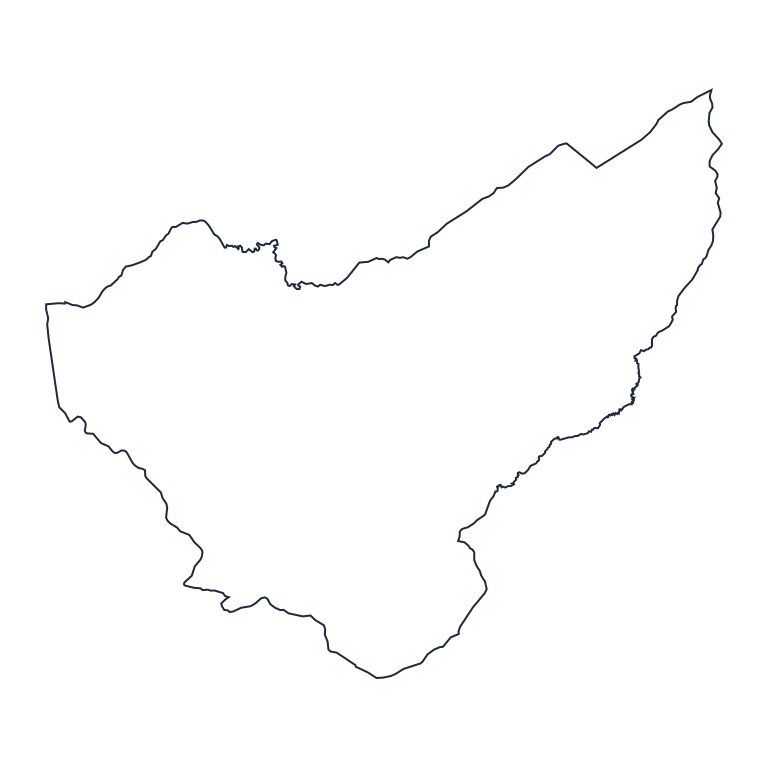 Lenguazaque, Cundinamarca, Colombia
{"feature_id": "7082276B28495435415002", "entity_name": "Lenguazaque", "entity_type": "district", "adm_level": 2, "iso_a3": "COL", "parent_name": "Colombia", "parent_adm1": "Cundinamarca", "projection": "orthographic", "projection_center": [-73.682, 5.304], "detail": "fine", "context": "isolated", "style": "outline", "palette": "slate", "viewbox_px": 768, "rotation_deg": 0, "n_neighbors": 0, "source": "geoboundaries", "source_scale": "gbopen_adm2", "svg_char_len": 6095}
<svg xmlns="http://www.w3.org/2000/svg" viewBox="0 0 768 768"><path d="M711.4,90.0L697.6,96.9L690.9,101.8L683.3,103.1L679.9,104.5L672.0,109.6L667.7,111.6L658.4,120.0L656.5,123.9L650.2,132.1L641.2,139.9L596.6,167.9L566.7,143.5L564.8,143.6L558.2,145.7L549.9,154.1L545.0,156.4L528.4,166.9L515.8,179.2L508.4,185.4L503.3,187.6L496.8,188.1L493.7,193.0L491.9,194.3L489.0,196.4L482.3,198.9L466.5,211.3L446.9,223.6L437.8,232.1L430.9,236.6L428.9,240.8L429.0,246.4L417.4,251.5L410.4,257.2L407.2,258.7L403.2,257.2L400.1,257.8L396.2,257.2L390.1,260.0L388.3,262.4L385.0,259.6L382.2,258.8L378.9,259.0L376.6,258.0L368.3,261.8L359.3,262.6L346.9,278.1L338.6,284.8L337.5,284.8L335.0,283.0L332.8,285.1L329.7,284.7L325.0,286.1L320.0,284.8L318.0,286.5L315.6,285.9L311.8,283.1L306.1,284.0L301.5,281.7L298.1,284.6L298.4,285.7L300.1,286.6L299.5,289.0L297.0,289.1L295.9,288.3L293.8,286.1L295.1,284.5L291.9,284.0L289.7,286.0L288.3,285.6L287.7,285.0L287.5,283.2L285.2,280.1L285.4,276.3L286.4,273.0L285.1,266.8L283.2,266.0L282.0,266.8L280.4,264.8L282.4,263.3L281.4,261.5L278.6,261.8L275.9,261.0L275.3,258.2L276.0,255.6L275.2,253.8L273.2,252.3L276.4,248.1L274.5,247.2L274.0,245.8L277.7,244.7L276.7,240.4L276.0,239.7L272.1,241.0L269.5,244.2L265.8,243.6L263.9,245.3L260.6,244.8L258.1,243.1L257.5,243.2L256.9,244.6L259.3,247.4L259.2,249.2L257.9,250.6L256.8,250.3L255.8,248.7L254.8,248.6L254.1,251.6L252.6,252.2L248.8,249.1L245.8,252.1L243.5,252.0L242.4,251.6L241.9,247.5L240.3,245.7L238.1,246.4L238.8,248.0L238.4,249.0L235.1,246.1L233.4,246.9L232.0,245.8L229.1,246.0L226.9,245.0L226.1,247.5L224.6,247.6L219.7,238.9L217.5,236.3L214.2,234.3L208.8,225.5L205.3,221.6L203.6,220.6L200.2,220.4L196.3,221.9L192.8,222.0L187.5,223.6L182.6,222.9L175.8,227.0L172.6,226.9L171.0,228.5L168.6,233.5L166.0,235.4L162.7,240.3L160.4,241.2L155.9,248.8L152.4,251.7L150.8,256.2L149.1,256.9L146.2,259.7L140.8,262.1L132.0,265.3L125.7,266.6L123.0,270.1L121.3,275.7L119.1,276.7L117.7,279.1L110.9,285.4L107.4,286.6L104.9,288.5L102.1,291.8L98.9,297.4L94.6,302.1L90.8,304.8L83.1,307.6L77.2,305.4L72.4,305.0L65.2,302.1L64.9,303.6L58.9,303.2L46.2,304.3L46.1,309.4L48.2,318.1L47.2,324.4L48.7,338.9L57.7,400.3L59.2,407.2L65.1,413.1L69.7,421.7L71.8,421.3L77.7,416.6L80.9,417.3L85.1,422.0L85.8,424.5L84.8,430.7L85.5,432.4L86.9,433.4L93.2,433.8L100.9,443.0L108.4,446.3L112.7,451.5L114.9,453.0L117.3,452.8L121.6,450.4L125.0,450.8L126.9,452.7L132.6,462.9L135.1,465.6L138.4,467.9L142.4,468.8L145.0,470.2L145.3,476.1L146.6,478.2L160.9,492.5L162.6,498.1L166.4,503.8L167.2,507.8L166.1,517.6L167.4,520.5L170.2,523.4L177.1,527.6L180.2,531.3L189.3,534.9L194.4,542.3L200.4,548.0L201.9,550.2L202.5,552.5L201.7,556.9L200.3,559.8L194.8,566.3L191.8,575.7L184.5,582.4L183.9,584.0L184.6,585.4L193.9,587.8L200.4,588.3L202.7,590.1L207.8,589.7L210.4,590.6L214.5,590.5L223.0,593.1L225.2,596.1L228.8,597.2L225.3,599.5L221.2,603.6L222.2,606.7L224.3,609.9L227.8,610.4L229.6,612.0L233.2,611.5L241.1,607.8L250.6,606.2L255.1,603.6L261.3,598.2L264.9,597.4L267.4,598.8L270.4,604.3L274.8,607.6L280.1,610.0L283.7,609.9L288.5,613.3L302.8,616.4L310.5,615.5L315.2,620.0L324.0,625.4L325.2,629.6L324.8,634.6L327.6,641.6L328.4,649.3L329.5,650.6L331.0,651.6L336.6,652.6L354.2,664.3L355.4,665.3L356.0,666.8L367.6,672.3L376.5,678.0L383.2,677.6L390.5,676.1L395.3,674.1L403.6,668.9L420.6,663.4L422.5,661.7L427.6,654.3L434.1,649.6L440.1,647.0L443.0,646.8L450.8,637.3L458.7,634.0L458.6,631.2L460.2,626.6L472.9,607.4L484.6,593.4L486.7,589.1L485.0,581.6L481.2,575.5L479.8,570.9L476.7,566.1L474.2,560.0L474.3,552.4L472.4,549.5L470.2,548.4L468.4,545.7L464.6,542.4L458.1,541.0L459.6,536.6L459.8,531.8L460.6,530.6L462.1,529.0L467.7,527.3L473.9,523.4L476.9,520.3L485.0,514.7L490.0,500.8L493.7,495.9L495.4,491.5L497.1,491.4L497.6,490.6L497.7,488.4L497.0,486.8L497.6,486.2L498.7,486.4L499.3,485.1L500.6,484.9L501.6,487.3L502.9,486.6L505.2,487.5L508.5,486.0L510.8,486.1L513.7,484.4L512.1,483.5L513.8,483.0L513.9,481.8L516.2,479.6L515.9,477.9L517.9,476.9L517.6,475.7L518.6,475.0L517.7,473.5L518.0,472.8L519.5,472.2L521.8,473.6L524.6,473.3L528.2,469.7L530.5,465.9L536.1,463.4L537.6,461.2L538.9,460.5L539.2,459.4L538.6,457.5L539.2,456.3L541.6,456.1L545.0,453.0L545.1,451.3L547.2,449.3L547.6,448.1L549.4,446.9L549.7,444.9L550.9,444.0L551.2,441.7L554.7,438.5L556.9,438.5L557.3,437.2L558.4,437.2L559.3,439.7L560.7,439.7L568.4,437.4L572.1,437.3L575.2,436.0L577.5,436.0L581.2,433.9L583.2,434.5L587.8,433.2L589.0,431.3L591.1,431.8L591.9,429.7L592.8,429.8L594.3,428.0L598.0,428.2L600.1,424.9L599.8,423.1L604.5,418.3L607.0,416.7L607.6,417.3L608.2,417.1L607.9,416.5L608.8,415.0L609.5,414.7L610.4,415.5L611.5,414.7L612.5,415.0L613.1,414.2L612.3,413.8L613.1,413.4L614.6,414.9L615.4,413.0L616.9,414.0L617.5,413.0L618.8,413.7L619.4,409.7L620.7,410.3L620.6,409.3L622.1,409.5L623.7,407.0L629.0,404.2L631.8,404.3L631.7,402.8L633.2,402.8L633.3,402.1L632.0,401.9L633.0,400.2L633.9,400.1L633.9,398.9L632.6,398.8L633.7,397.8L632.5,397.9L632.4,396.7L631.4,396.4L631.1,395.4L631.5,394.3L633.3,394.0L632.7,392.7L633.3,391.1L632.2,390.8L632.0,389.6L632.6,388.8L633.2,389.5L633.8,388.7L634.5,389.0L634.5,388.0L637.4,385.7L636.4,384.2L637.7,384.0L637.4,383.2L638.7,382.1L639.1,379.1L640.4,377.3L639.1,376.5L639.2,373.8L638.4,373.0L639.0,371.4L638.3,367.2L638.5,364.1L637.2,363.3L637.0,360.6L635.7,360.6L636.5,359.3L636.2,358.6L634.6,358.4L634.4,356.3L639.3,353.4L641.1,350.1L644.1,351.2L645.5,349.9L648.4,349.1L649.7,347.7L651.0,347.6L652.0,345.7L652.0,339.3L653.5,336.7L655.8,335.9L658.3,332.2L662.3,330.5L669.2,326.2L672.7,320.0L672.1,316.4L676.2,311.8L675.6,308.5L676.1,305.7L677.0,305.1L677.1,300.4L678.6,295.8L684.1,288.5L692.3,279.5L697.8,270.0L697.8,268.5L699.9,265.3L701.9,263.8L703.4,259.3L705.3,258.2L706.7,255.9L708.5,249.8L711.3,245.6L712.9,241.2L713.3,236.1L712.4,229.4L720.2,216.6L720.6,212.6L717.8,203.0L719.2,198.3L715.7,193.1L716.8,187.6L715.1,181.2L717.4,176.7L717.5,174.0L715.3,170.6L709.8,166.7L709.5,164.5L709.8,160.6L712.5,155.2L718.0,149.3L721.9,143.8L719.2,139.6L712.3,132.0L709.1,125.1L708.7,121.6L709.5,112.9L712.5,107.4L712.1,103.4L710.1,98.7L709.9,95.5L711.4,90.0Z" fill="none" stroke="#1e293b" stroke-width="2"/></svg>